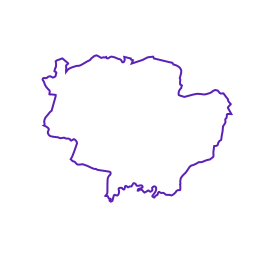 Cu Kuin, Đắk Lắk, Vietnam, rotated 16°
{"feature_id": "81297802B8003578408571", "entity_name": "Cu Kuin", "entity_type": "district", "adm_level": 2, "iso_a3": "VNM", "parent_name": "Vietnam", "parent_adm1": "Đắk Lắk", "projection": "orthographic", "projection_center": [108.173, 12.577], "detail": "fine", "context": "isolated", "style": "outline", "palette": "violet", "viewbox_px": 256, "rotation_deg": 16, "n_neighbors": 0, "source": "geoboundaries", "source_scale": "gbopen_adm2", "svg_char_len": 4673}
<svg xmlns="http://www.w3.org/2000/svg" viewBox="0 0 256 256"><g transform="rotate(16 128 128)"><path d="M46.4,148.8L49.1,149.2L51.2,150.0L52.2,150.9L52.3,151.8L52.0,153.6L52.3,154.8L53.5,156.3L55.0,157.1L56.9,157.2L60.0,156.8L63.7,156.2L64.7,156.5L66.0,156.4L69.2,154.9L70.9,155.2L72.0,155.1L73.4,154.6L75.1,154.7L76.2,155.7L77.0,155.7L77.9,154.8L78.9,153.7L79.7,153.7L80.9,154.2L82.5,155.4L83.2,156.8L83.0,161.0L82.7,166.1L82.2,171.1L81.5,173.8L83.9,175.1L84.9,175.1L85.9,175.2L86.7,175.5L88.1,176.5L89.1,176.9L90.0,177.0L91.0,176.7L92.3,176.2L94.5,175.3L97.4,175.5L99.3,175.6L101.1,175.9L104.9,176.5L106.2,176.6L107.4,176.5L108.4,176.2L110.0,176.6L111.3,176.5L112.3,176.4L116.7,175.8L122.4,175.1L123.3,175.4L123.5,175.9L123.9,176.7L123.7,178.0L123.0,179.0L122.5,180.7L122.4,181.7L122.8,184.1L124.0,188.7L125.7,194.7L126.0,196.1L125.9,197.3L125.0,199.5L125.6,199.5L126.6,199.0L127.3,199.1L128.4,200.5L128.9,200.9L130.6,200.9L131.0,201.1L130.8,201.7L130.4,201.7L130.1,201.9L130.1,202.4L130.5,203.1L131.8,203.5L132.5,203.0L133.0,202.3L133.1,201.6L133.0,200.0L133.0,196.7L133.2,196.3L133.5,196.0L135.9,195.9L136.5,195.7L136.8,195.3L137.1,194.3L137.2,193.4L137.1,192.7L136.9,191.4L135.8,189.4L135.8,188.6L136.3,188.0L138.0,187.3L138.9,187.4L139.8,188.1L141.0,188.3L141.4,187.8L141.4,187.1L141.4,186.1L141.3,185.0L141.6,184.4L142.3,184.3L143.4,184.6L144.0,185.0L144.4,185.0L145.8,183.7L146.6,183.5L147.3,183.3L147.6,182.8L147.7,182.2L148.3,180.1L148.7,179.5L149.4,179.4L150.4,179.5L150.8,179.7L152.1,181.0L153.1,181.0L153.6,180.8L156.3,179.5L157.4,179.6L157.8,179.9L158.2,180.4L158.3,181.2L157.1,182.4L155.0,183.6L154.6,184.0L154.5,185.2L154.6,185.5L155.3,185.4L156.3,184.1L157.2,183.7L158.8,183.8L160.4,184.9L161.6,185.5L162.9,184.4L164.4,182.7L165.0,182.4L165.9,182.8L167.1,183.1L168.0,182.2L168.5,181.3L168.5,180.8L168.1,179.9L167.7,178.9L168.0,178.1L169.0,177.0L169.8,176.8L170.7,177.0L171.5,177.7L171.9,179.0L172.0,180.4L172.0,181.5L170.9,184.6L170.2,186.3L170.3,187.0L171.2,187.4L172.0,187.6L172.5,187.5L172.7,187.0L173.1,185.8L173.9,184.8L174.7,184.2L174.8,183.3L174.8,181.9L175.2,181.1L175.8,180.8L176.6,181.2L177.8,181.3L179.5,180.7L180.5,180.7L182.4,181.6L183.6,181.6L186.2,180.9L188.4,180.8L189.2,180.1L190.2,179.0L191.5,176.7L192.0,175.0L193.0,174.1L194.1,173.7L195.1,173.3L195.1,172.2L194.4,169.7L193.6,167.8L193.8,167.3L192.8,164.5L192.7,162.8L192.6,161.5L193.7,158.6L195.8,154.9L197.0,151.4L197.6,149.5L197.8,148.7L198.9,146.9L201.6,145.1L203.8,143.1L205.4,141.4L206.8,140.9L208.3,140.5L210.4,138.8L213.1,136.8L215.3,135.8L216.2,134.6L217.8,132.5L217.9,131.7L217.8,131.0L216.7,127.6L215.8,121.6L217.9,120.8L218.6,120.1L218.9,119.5L218.8,117.5L219.5,115.2L220.7,114.0L220.8,113.1L220.5,111.5L220.2,109.1L219.8,104.8L219.7,104.5L219.2,101.9L218.9,100.2L219.9,97.0L220.1,95.6L219.2,93.2L219.2,92.3L219.9,91.2L219.9,90.6L219.4,87.8L219.8,87.1L220.8,86.8L223.5,86.1L218.5,81.1L218.4,80.5L220.2,76.7L217.7,75.1L216.8,74.3L216.2,72.9L213.2,70.7L210.2,68.4L207.8,69.3L206.4,69.0L204.0,67.3L201.5,67.4L199.5,68.9L198.5,70.5L197.1,71.8L193.9,73.9L192.0,74.8L188.7,75.3L185.2,76.0L181.6,77.8L175.9,81.2L174.3,82.2L173.6,82.6L169.2,82.5L167.7,82.3L167.0,80.6L166.9,79.1L166.9,77.9L167.6,75.9L168.1,75.1L168.0,74.0L168.1,72.8L168.1,72.3L167.6,72.0L166.2,71.8L165.6,70.4L164.9,67.0L164.0,65.8L164.0,62.4L163.8,59.7L163.2,57.7L162.0,56.5L161.1,55.7L159.6,55.1L157.3,54.5L154.1,54.4L152.6,53.1L149.6,53.3L133.8,54.0L132.5,52.5L127.5,54.6L123.2,58.6L113.8,65.0L114.1,61.5L112.1,61.4L111.5,60.4L104.8,60.7L106.1,63.4L106.0,64.7L105.8,65.6L105.0,66.3L104.4,66.3L102.5,64.5L101.5,64.2L100.1,64.2L98.9,64.2L97.5,64.0L96.2,63.8L94.2,63.8L92.7,63.9L91.4,64.5L90.3,65.9L89.3,66.7L88.2,66.7L87.4,65.7L86.4,66.5L85.5,66.8L84.9,66.8L84.1,67.3L83.2,67.9L82.5,67.9L81.4,67.6L79.0,67.0L77.6,66.9L76.5,67.6L75.6,68.3L75.4,68.6L74.7,69.7L73.7,70.9L72.7,73.2L70.5,75.2L70.4,75.3L68.3,77.5L66.7,79.2L64.8,81.0L63.5,81.8L61.4,82.5L58.1,84.7L55.8,86.4L54.1,88.4L53.0,91.2L52.5,89.6L52.2,87.5L51.6,86.2L51.3,85.1L51.5,84.5L52.7,82.6L52.6,82.4L52.0,82.0L45.7,79.2L41.0,82.6L40.1,83.8L41.2,86.2L41.7,88.2L41.9,89.8L41.5,90.4L41.5,91.2L41.6,92.2L41.5,93.0L41.7,93.8L42.2,93.9L43.4,94.1L44.0,94.9L43.9,95.9L44.1,97.9L43.7,98.7L42.7,99.8L41.7,100.2L40.6,100.0L39.2,99.7L38.2,100.1L37.2,100.6L36.3,102.1L34.9,102.9L33.8,102.9L33.0,103.3L32.5,104.0L32.6,105.1L34.4,106.7L36.3,109.4L38.0,111.0L40.4,112.6L42.0,113.4L42.8,114.6L43.0,116.5L43.1,117.2L43.6,117.3L44.9,116.9L48.5,116.2L49.4,116.2L49.7,117.3L49.8,130.1L49.8,132.5L48.9,133.7L48.2,135.1L47.8,136.1L47.0,138.0L45.7,140.9L45.5,143.2L45.7,145.2L46.8,147.2L46.8,147.9L46.6,148.6L46.4,148.8Z" fill="none" stroke="#5b21b6" stroke-width="2"/></g></svg>